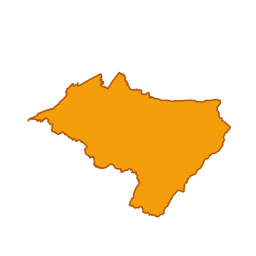 Kui Buri, Prachuap Khiri Khan, Thailand (Equal Earth projection), rotated 208°
{"feature_id": "78962969B26279095645158", "entity_name": "Kui Buri", "entity_type": "district", "adm_level": 2, "iso_a3": "THA", "parent_name": "Thailand", "parent_adm1": "Prachuap Khiri Khan", "projection": "equal_earth", "projection_center": [99.804, 12.111], "detail": "fine", "context": "isolated", "style": "filled", "palette": "amber", "viewbox_px": 256, "rotation_deg": 208, "n_neighbors": 0, "source": "geoboundaries", "source_scale": "gbopen_adm2", "svg_char_len": 5718}
<svg xmlns="http://www.w3.org/2000/svg" viewBox="0 0 256 256"><g transform="rotate(208 128 128)"><path d="M219.5,87.8L219.3,88.8L218.0,90.9L216.7,90.6L216.2,91.6L214.8,91.7L214.5,92.3L213.7,92.5L212.9,92.1L212.4,92.5L211.3,91.6L210.8,92.0L210.8,92.7L210.5,92.5L210.4,93.4L209.5,93.6L209.1,94.0L208.3,93.4L208.3,92.5L207.9,92.6L206.8,93.6L207.0,94.0L206.8,94.6L206.9,95.1L206.3,95.0L206.4,96.1L206.2,96.1L206.1,97.2L205.3,97.1L205.1,98.4L201.8,97.9L201.7,97.6L202.0,96.2L199.4,95.4L198.4,94.8L197.3,95.0L196.7,95.9L196.0,95.6L195.7,95.0L195.7,94.1L195.3,93.1L194.5,92.1L194.6,90.4L194.1,89.7L192.9,89.5L190.8,89.7L190.3,90.1L188.8,89.6L186.7,89.6L186.3,89.9L186.1,91.2L184.7,91.8L184.3,92.9L183.6,93.9L181.1,93.3L180.7,92.6L179.2,93.3L175.7,92.1L175.5,92.6L174.2,92.2L173.7,92.5L171.1,91.4L170.6,93.5L167.4,91.8L166.9,93.0L165.8,94.5L163.4,94.4L163.4,94.1L162.6,93.7L162.3,94.4L158.9,93.6L155.2,92.2L156.3,88.7L155.5,88.3L154.9,87.2L152.9,85.4L151.8,85.1L149.5,85.2L149.0,84.6L147.9,83.9L147.7,85.0L146.9,84.5L146.0,85.4L145.6,86.1L145.7,87.1L145.2,86.3L144.1,85.4L143.9,85.6L143.7,85.3L143.5,84.7L143.3,84.7L142.7,84.0L142.5,83.1L142.0,82.8L141.4,81.9L141.3,80.4L140.7,80.3L140.8,80.0L140.3,79.6L140.1,79.1L139.6,79.5L139.0,79.7L138.1,78.8L138.0,79.0L137.6,78.9L137.6,79.4L137.2,80.1L136.6,79.8L136.5,79.4L135.9,79.5L135.7,79.1L135.2,79.5L134.5,79.4L134.5,79.6L134.2,79.4L134.1,79.7L133.3,79.6L132.9,80.3L132.3,80.3L132.4,80.6L131.9,80.9L131.1,80.8L130.1,81.8L129.6,82.0L128.1,84.3L128.2,85.3L127.8,85.4L127.5,85.7L127.4,86.4L127.0,87.4L126.4,88.0L125.5,87.9L125.2,88.3L124.8,88.2L124.1,88.7L122.7,88.1L121.6,87.2L121.2,87.2L120.5,86.7L119.0,86.7L117.7,87.0L117.1,87.6L116.7,87.6L116.1,88.4L115.6,88.7L115.1,88.4L114.6,87.3L113.2,85.9L112.4,86.8L112.5,87.3L111.7,87.3L111.2,87.8L111.0,89.3L109.4,90.0L108.6,90.7L108.3,91.8L107.6,92.8L107.0,92.9L105.3,92.4L104.9,92.8L103.9,91.8L103.7,90.7L102.8,91.2L102.0,91.0L100.6,92.8L100.2,92.2L99.5,92.0L99.4,91.0L97.2,90.5L97.0,89.0L96.7,88.1L95.2,87.2L94.1,87.4L93.9,85.7L93.4,85.4L92.5,85.5L92.0,84.7L92.2,81.9L92.5,80.7L92.6,79.1L92.8,78.6L92.5,77.3L92.4,74.0L92.1,73.6L91.6,71.4L90.7,70.0L90.7,68.8L91.1,68.5L91.5,67.4L91.1,64.3L91.3,63.6L90.8,62.0L90.6,60.6L90.2,60.5L89.3,60.8L88.4,60.6L87.3,61.5L84.5,60.5L83.4,61.4L82.8,62.2L81.0,62.4L80.5,64.3L80.0,64.6L78.2,64.6L77.2,63.5L75.7,62.9L75.5,61.1L75.2,60.7L74.4,61.1L73.7,60.9L73.0,61.4L72.3,61.2L71.5,61.7L70.4,62.9L69.1,62.1L68.3,61.2L67.3,62.3L66.7,62.5L65.8,62.2L64.6,63.3L63.2,63.6L62.1,63.0L61.1,63.6L60.1,63.5L59.2,65.1L59.1,66.4L57.9,67.2L56.3,69.3L56.3,69.7L57.3,70.9L57.4,72.9L57.8,74.8L56.5,77.7L56.7,80.6L56.5,82.2L56.7,83.7L56.7,85.3L56.4,86.2L56.6,88.8L56.2,91.1L55.5,92.3L55.1,95.7L54.7,96.2L51.6,97.5L49.5,97.3L48.9,98.3L49.0,99.2L50.2,100.7L50.3,102.3L51.6,104.0L51.1,106.4L50.4,108.3L50.5,108.9L51.2,109.6L51.3,110.6L50.9,110.9L51.1,111.8L50.4,114.2L50.5,115.0L49.5,115.9L48.6,117.3L47.9,117.6L47.5,118.7L47.1,119.1L46.8,122.7L47.0,123.8L45.1,126.8L45.2,128.1L44.8,129.4L45.2,130.5L44.8,131.6L45.4,133.9L45.3,136.6L45.0,137.2L44.4,137.5L43.2,138.6L43.1,142.6L42.3,142.9L42.1,144.1L41.3,145.3L39.3,146.6L36.9,151.0L36.9,153.2L36.5,155.0L36.3,157.5L37.4,159.3L37.3,161.7L37.5,163.0L39.3,164.3L39.7,166.8L39.7,168.8L39.2,170.0L38.6,170.7L38.5,173.4L37.9,174.8L38.0,176.1L38.5,177.1L39.7,177.1L40.7,177.5L43.8,178.0L45.2,178.7L48.4,178.8L49.6,180.5L52.3,180.3L53.4,181.4L53.7,182.3L55.0,184.2L56.2,184.6L57.7,185.5L58.3,187.2L59.0,187.9L59.0,189.0L58.3,190.0L58.7,191.1L58.1,192.0L58.2,193.5L58.5,194.3L59.2,194.8L59.5,195.5L60.5,195.0L62.6,195.0L63.5,194.7L68.4,190.7L69.6,190.4L72.0,189.1L73.0,188.0L73.9,186.2L74.6,185.6L76.9,185.0L79.3,183.6L82.2,183.6L84.6,182.2L86.5,181.8L87.9,180.4L90.9,179.0L91.9,178.1L99.9,173.7L101.9,171.9L104.7,171.5L108.4,169.8L110.5,168.4L114.1,168.0L116.8,167.0L117.7,167.0L118.0,166.7L118.9,166.3L119.3,166.8L120.7,166.5L121.5,166.7L121.8,166.5L122.2,165.3L123.1,166.1L123.4,165.5L124.0,166.2L124.8,166.6L125.3,168.2L126.7,168.8L127.9,166.9L127.9,166.5L128.6,165.7L129.2,165.6L129.8,165.1L131.4,164.8L131.9,164.5L132.4,164.9L133.5,167.3L134.7,167.4L135.0,167.2L135.5,167.3L135.9,166.3L136.5,166.0L138.5,166.3L139.7,165.1L139.9,165.2L141.3,164.0L144.8,163.3L146.1,164.7L147.6,165.4L148.7,165.4L148.6,167.0L150.7,167.2L150.5,168.0L150.9,168.5L151.2,168.7L151.8,168.3L152.6,168.3L153.4,168.9L153.3,169.4L153.7,170.6L154.6,171.9L155.3,172.3L156.3,172.5L156.8,173.2L157.1,172.6L158.4,172.7L159.0,173.0L159.5,172.0L160.5,172.7L161.8,172.8L163.7,161.6L164.3,153.2L165.4,153.2L166.0,153.6L167.5,153.1L167.9,153.6L168.4,153.0L169.6,152.8L171.5,152.6L172.2,152.9L172.4,154.0L172.0,155.0L171.6,155.3L171.3,154.7L170.8,154.9L170.8,155.5L171.2,155.8L171.0,156.6L171.1,157.2L171.3,157.3L171.9,156.6L173.0,157.2L173.4,156.2L174.4,156.7L174.6,157.3L173.9,157.3L173.9,158.4L174.6,158.6L174.8,158.9L175.2,158.9L175.5,159.8L175.2,160.6L175.7,161.3L176.5,161.9L176.8,162.8L177.6,162.6L178.1,162.4L180.4,158.6L183.4,154.5L190.8,142.8L192.0,141.7L193.2,143.7L193.4,142.6L195.7,139.6L196.3,140.1L197.0,141.3L197.4,141.3L197.8,140.8L198.2,140.1L198.1,138.9L198.3,138.5L198.8,138.3L198.6,136.9L199.6,134.7L200.1,134.3L199.8,133.6L200.0,132.5L199.6,132.3L199.5,132.0L199.9,130.9L199.2,130.7L199.0,129.8L198.3,129.9L198.1,128.4L197.5,128.0L198.6,123.7L200.5,118.5L200.5,117.4L200.2,116.7L200.7,116.3L201.6,114.4L202.9,111.3L202.8,110.5L203.4,109.5L204.1,109.0L204.5,109.1L204.8,109.8L204.8,109.1L206.3,106.6L206.8,106.3L207.0,106.7L207.4,106.4L209.1,104.2L209.5,103.2L210.5,103.2L211.1,101.8L211.9,101.2L212.5,100.4L213.9,98.7L214.1,98.0L213.9,97.1L215.5,94.1L216.5,93.3L217.0,91.7L217.8,91.7L218.4,91.2L219.4,89.1L219.7,88.0L219.5,87.8Z" fill="#f59e0b" stroke="#b45309" stroke-width="1.5"/></g></svg>